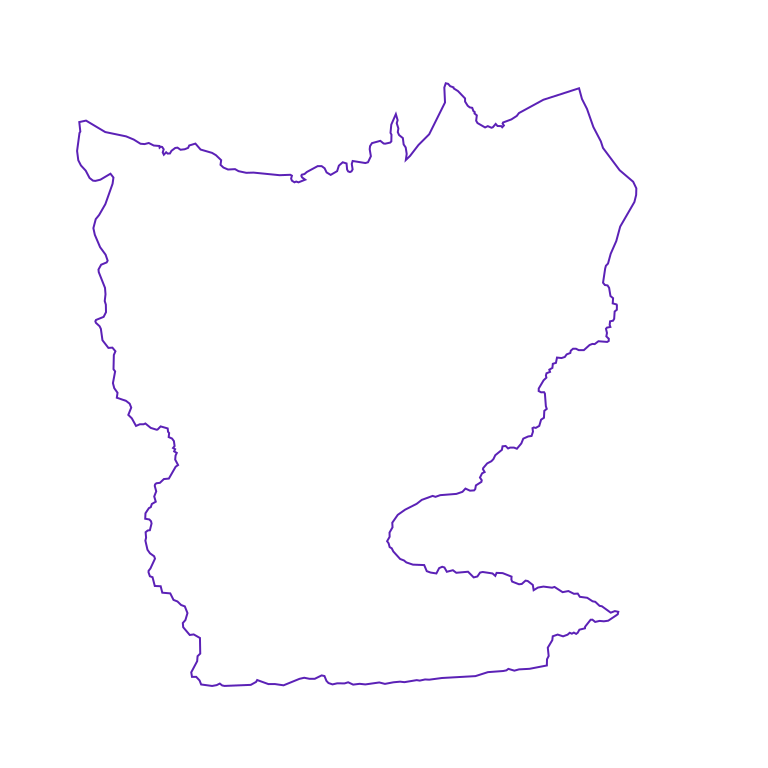 Rio Quito (Paimadó), Chocó, Colombia, rotated 262°
{"feature_id": "7082276B43042384629965", "entity_name": "Rio Quito (Paimadó)", "entity_type": "district", "adm_level": 2, "iso_a3": "COL", "parent_name": "Colombia", "parent_adm1": "Chocó", "projection": "orthographic", "projection_center": [-76.811, 5.552], "detail": "fine", "context": "isolated", "style": "outline", "palette": "violet", "viewbox_px": 768, "rotation_deg": 262, "n_neighbors": 0, "source": "geoboundaries", "source_scale": "gbopen_adm2", "svg_char_len": 6135}
<svg xmlns="http://www.w3.org/2000/svg" viewBox="0 0 768 768"><g transform="rotate(262 384 384)"><path d="M649.7,618.3L643.3,581.4L633.5,555.3L631.0,552.8L628.3,547.0L626.4,538.3L625.4,537.7L623.3,538.7L621.8,536.8L623.0,536.1L623.7,532.3L626.0,530.8L623.1,527.5L622.8,526.1L624.9,522.7L624.0,519.8L629.4,512.9L631.9,511.9L637.1,513.3L639.3,511.3L640.6,511.7L641.9,510.5L645.2,509.8L646.0,507.4L647.9,505.6L652.4,503.6L655.5,504.0L663.8,498.0L667.0,494.2L668.1,494.1L669.7,491.0L672.3,489.3L673.2,487.0L669.2,485.0L654.3,483.6L625.0,463.5L615.9,451.4L606.2,441.5L602.8,436.8L608.7,438.5L615.2,438.4L618.5,436.8L624.9,436.9L628.4,433.6L631.5,432.7L635.1,433.8L640.5,432.9L643.4,434.2L649.6,433.3L639.8,427.3L631.8,425.4L629.9,426.1L623.2,425.0L622.2,423.7L621.8,418.6L622.2,417.1L625.3,414.2L624.2,405.6L621.5,403.3L618.5,402.5L611.4,402.7L605.8,399.0L605.4,396.3L609.2,384.0L606.4,382.7L600.9,382.8L599.1,381.4L598.6,379.8L599.5,378.1L601.5,377.3L607.6,377.6L609.3,374.0L606.5,369.7L601.3,367.2L598.5,360.3L601.5,356.6L605.9,355.2L608.4,352.6L609.0,348.7L604.7,337.1L603.0,334.5L602.7,331.7L601.6,331.1L600.0,331.6L597.3,334.4L595.6,327.4L596.7,325.2L596.2,323.4L598.2,321.1L600.3,320.6L603.1,321.8L604.2,320.4L605.3,309.7L611.5,284.2L612.3,277.0L615.0,269.6L617.5,266.4L618.1,259.4L620.7,255.1L623.8,252.6L628.3,253.9L634.0,249.4L636.8,245.9L641.7,235.0L648.3,230.7L647.3,224.3L645.1,222.9L644.2,219.3L644.3,215.1L646.8,212.4L646.8,210.1L644.5,206.0L642.1,204.1L642.3,201.8L643.8,200.5L641.7,197.9L644.1,197.1L647.1,198.5L649.6,197.3L650.1,195.9L649.3,194.7L651.0,194.6L652.2,189.2L655.4,184.6L654.9,180.3L655.8,176.3L660.9,170.2L665.1,163.1L672.3,143.0L686.3,125.6L685.8,118.7L676.2,118.4L675.0,117.4L657.5,112.5L648.1,112.4L642.6,114.3L636.8,118.3L629.0,121.1L625.9,124.1L625.3,126.4L625.8,131.6L630.3,142.4L626.1,144.8L620.1,143.1L600.9,133.1L591.0,125.4L587.4,121.5L578.8,117.9L572.0,118.4L559.0,121.9L550.8,126.3L544.6,127.5L543.0,126.3L541.5,120.5L537.1,117.2L534.5,117.1L518.0,121.1L511.6,120.7L505.0,119.0L501.3,119.6L493.8,118.7L489.5,115.7L487.5,107.7L486.3,106.9L484.7,107.2L480.8,110.4L478.0,111.3L466.5,111.3L458.1,116.1L457.8,120.1L453.8,122.6L450.3,120.5L436.3,118.2L433.9,119.5L422.6,115.7L417.4,116.3L412.4,118.9L407.6,117.5L403.2,126.2L399.9,129.4L395.8,130.4L389.0,126.5L385.1,129.5L377.0,132.6L378.1,136.6L377.6,140.4L378.1,142.2L373.0,146.9L370.4,152.4L370.4,153.4L373.1,156.9L370.1,163.6L366.8,163.5L365.3,164.4L361.4,163.4L359.5,166.5L356.7,168.0L351.7,168.0L350.0,166.2L348.5,168.1L346.5,166.8L344.6,169.2L342.1,167.6L338.2,166.7L332.4,168.8L331.1,166.2L320.3,157.8L320.5,152.8L317.3,148.3L317.4,144.8L316.4,143.3L315.0,142.8L309.4,143.5L304.6,140.8L299.2,141.6L297.5,137.4L294.5,135.9L293.8,133.9L289.2,129.8L283.8,128.8L282.5,132.8L280.5,134.2L278.2,134.4L271.8,131.8L271.8,129.6L270.4,127.3L264.9,127.0L262.1,125.9L252.8,126.7L248.9,128.7L245.4,132.4L242.9,132.9L233.8,127.0L231.8,124.9L230.3,124.6L226.2,125.4L224.9,127.9L215.9,128.9L214.8,134.7L208.2,135.4L206.4,143.2L199.5,145.5L197.4,149.2L193.4,152.3L191.5,155.8L184.5,157.5L177.9,154.5L175.3,151.5L171.1,151.3L162.5,156.7L162.5,160.7L158.1,166.4L142.6,164.5L140.4,161.5L135.5,160.4L125.3,153.0L120.7,153.1L120.1,157.3L116.1,160.1L111.9,161.1L108.9,171.8L109.1,176.4L110.2,179.7L108.0,181.8L107.2,184.1L104.6,210.2L106.8,215.9L108.5,217.2L102.9,227.8L102.1,234.0L99.6,242.6L103.8,259.3L104.2,264.1L102.4,269.3L101.7,274.4L104.1,281.7L103.1,284.4L98.0,285.7L95.6,287.4L93.7,291.2L94.1,296.0L93.0,303.3L93.6,307.0L90.6,311.6L90.5,318.1L89.1,323.7L89.1,337.8L86.9,343.2L87.3,351.8L87.0,358.5L85.9,362.7L86.2,375.2L85.3,378.1L85.7,383.5L84.9,387.7L84.8,400.4L82.0,433.9L84.2,446.8L83.2,462.1L83.4,465.4L84.6,467.5L82.0,473.2L82.6,478.0L81.7,488.5L82.6,506.1L88.7,507.1L91.7,509.2L100.1,509.5L106.9,515.0L110.7,516.0L111.7,521.1L109.2,526.2L110.2,530.9L111.8,533.3L110.6,535.3L111.4,537.4L109.8,539.5L110.7,541.2L113.5,543.3L114.1,549.0L115.7,549.4L121.8,555.8L121.6,557.6L119.0,560.0L119.4,564.5L118.4,568.7L118.4,573.1L123.4,583.4L125.8,584.3L127.0,581.0L126.0,576.7L133.6,568.8L134.3,566.6L138.9,562.9L139.8,560.3L144.0,555.5L146.0,548.3L149.5,546.7L149.8,542.9L153.3,537.8L153.0,531.9L159.3,524.6L158.9,522.1L161.2,513.7L161.0,508.1L159.0,503.5L164.3,503.4L168.9,498.9L169.6,496.8L166.8,492.6L166.9,489.8L170.5,483.4L172.6,482.9L175.5,483.5L180.2,475.2L181.3,469.2L178.5,467.5L181.3,465.1L184.1,455.6L183.9,452.9L180.4,449.7L180.0,445.9L186.4,441.1L187.0,429.3L190.0,426.3L189.3,420.1L193.9,418.3L194.9,416.2L194.0,413.0L189.1,409.5L190.8,403.9L192.7,400.3L199.1,398.6L201.1,387.5L204.2,381.3L206.5,379.2L208.5,375.6L216.9,369.9L220.2,368.8L221.7,366.9L225.6,366.4L227.9,365.2L231.9,368.3L236.1,368.8L240.9,372.5L245.5,372.9L252.5,379.4L256.6,387.4L260.8,399.7L264.0,405.3L266.4,416.6L265.1,419.3L266.1,424.2L265.1,440.4L266.3,446.7L269.1,450.1L266.4,454.3L266.1,458.4L267.2,459.7L270.8,460.9L273.5,466.8L275.1,467.4L278.0,466.0L281.9,468.7L282.8,471.4L285.9,470.1L286.9,470.5L291.0,475.1L292.6,479.6L294.4,481.9L298.0,484.3L302.4,491.6L305.8,492.7L305.7,495.8L302.9,497.9L303.5,500.0L302.9,503.9L301.4,506.6L306.0,511.7L310.5,514.3L312.0,519.5L312.0,522.9L316.1,524.9L319.6,524.9L320.1,526.3L319.4,528.2L320.9,531.9L326.8,534.6L328.3,537.7L335.1,539.0L336.7,541.7L339.5,541.2L352.1,542.0L353.6,541.4L353.9,538.4L355.5,536.2L358.0,536.6L365.5,542.6L367.7,545.7L369.8,545.5L372.0,546.4L372.9,550.1L375.2,549.7L376.5,553.0L380.5,554.0L381.0,557.2L386.1,559.0L385.0,563.4L385.6,566.8L387.9,569.0L388.8,572.8L391.0,573.6L392.6,576.1L392.2,579.0L390.4,581.6L389.7,586.6L394.0,593.0L394.7,595.9L394.2,598.2L396.5,602.3L394.6,610.9L395.3,612.5L397.5,612.9L400.2,610.8L403.5,611.9L407.8,611.5L408.8,612.6L409.0,616.1L411.2,615.7L414.6,616.6L414.8,619.6L416.5,621.0L423.7,622.5L425.1,624.9L429.6,625.6L430.4,625.4L432.0,621.7L437.1,622.8L439.6,620.5L447.9,620.3L450.5,619.1L451.3,616.5L453.8,615.0L467.6,619.1L470.2,620.2L472.1,622.6L481.4,626.6L493.2,633.9L507.0,639.8L529.4,657.3L536.1,660.0L542.6,661.1L549.6,658.9L562.9,647.1L587.3,633.7L594.1,632.5L609.3,627.1L628.2,623.3L638.7,619.7L649.7,618.3Z" fill="none" stroke="#5b21b6" stroke-width="2"/></g></svg>